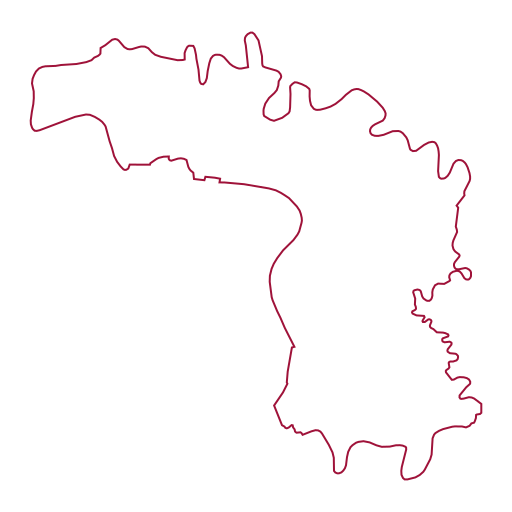 outline of Kim Thanh, Hải Dương, Vietnam
{"feature_id": "81297802B3696641207460", "entity_name": "Kim Thanh", "entity_type": "district", "adm_level": 2, "iso_a3": "VNM", "parent_name": "Vietnam", "parent_adm1": "Hải Dương", "projection": "albers", "projection_center": [106.496, 20.927], "detail": "fine", "context": "isolated", "style": "outline", "palette": "rose", "viewbox_px": 512, "rotation_deg": 0, "n_neighbors": 0, "source": "geoboundaries", "source_scale": "gbopen_adm2", "svg_char_len": 5982}
<svg xmlns="http://www.w3.org/2000/svg" viewBox="0 0 512 512"><path d="M464.5,195.4L464.2,193.4L464.4,191.2L469.6,181.0L470.1,178.9L470.1,176.5L469.5,173.1L467.6,167.3L466.0,164.2L464.8,162.6L462.8,160.9L461.1,160.2L458.4,160.0L455.9,161.0L453.5,163.7L449.8,172.6L447.7,175.8L445.3,177.9L443.8,178.5L441.2,178.7L440.0,178.1L438.9,176.9L438.1,171.1L438.9,155.0L438.6,151.5L438.1,148.3L437.1,145.6L435.8,143.3L434.5,142.2L432.2,141.8L428.7,142.5L424.1,144.9L416.1,150.8L412.9,151.1L410.6,149.8L410.0,148.9L407.7,140.3L406.3,137.4L402.8,133.2L400.5,131.6L398.4,131.0L392.7,131.2L383.7,134.8L378.3,135.9L374.8,135.8L372.0,134.8L370.6,133.3L370.0,131.2L370.2,129.4L371.1,127.6L372.7,125.9L375.1,124.3L382.8,120.6L384.6,118.2L385.5,115.5L385.6,113.4L384.8,111.1L382.7,107.7L377.1,101.6L368.5,94.4L363.8,91.4L361.1,90.1L358.4,89.1L356.5,89.0L354.2,89.4L351.7,90.3L345.9,94.8L341.6,99.1L335.5,103.9L330.5,106.6L325.6,108.3L320.2,109.7L317.1,109.9L315.7,109.7L313.8,108.8L311.1,105.3L310.0,100.8L309.6,96.4L309.7,90.4L309.2,88.8L306.1,86.3L301.8,84.2L297.0,82.5L294.7,82.3L292.4,83.9L290.3,86.1L290.1,87.4L290.5,94.1L290.1,107.4L289.6,111.4L288.5,113.2L282.2,117.8L274.0,120.8L270.2,119.7L264.2,116.0L263.6,114.3L263.5,110.6L263.7,108.8L265.3,103.6L269.0,98.0L274.4,93.0L276.8,90.1L278.3,85.6L278.7,81.3L281.0,77.6L281.2,76.3L280.6,74.3L278.6,71.8L276.4,70.6L265.3,67.4L263.1,66.4L262.5,65.3L262.2,63.5L262.0,56.2L258.5,40.4L254.4,34.1L252.4,32.6L250.5,32.6L247.6,34.2L245.9,36.1L245.1,37.6L244.9,38.8L244.8,40.6L245.8,45.3L248.1,67.2L241.4,68.5L238.9,68.5L236.5,67.8L232.8,66.0L229.9,63.8L224.0,57.2L221.7,55.6L219.5,54.8L216.0,54.7L214.7,55.0L213.0,55.9L210.8,58.6L209.3,63.2L207.7,71.0L206.8,78.2L205.4,82.0L203.2,84.3L201.2,83.9L200.2,82.6L199.5,80.6L198.5,69.7L196.4,58.7L196.0,54.9L194.6,48.4L193.3,45.9L189.1,45.7L187.6,46.6L186.9,47.6L185.5,50.4L184.6,53.1L184.7,59.5L182.8,60.0L177.6,60.2L160.9,56.8L155.2,54.8L151.9,52.2L148.3,48.2L144.8,46.6L141.2,46.5L139.0,47.0L132.0,49.1L129.6,49.3L127.5,49.0L124.3,47.1L118.8,40.7L117.4,39.6L115.1,39.0L112.2,39.7L105.3,45.2L100.6,48.0L100.4,53.6L99.7,54.5L98.0,55.9L94.2,57.6L91.5,60.2L86.3,62.1L76.4,64.0L61.1,65.0L55.6,65.9L45.4,66.3L42.4,66.9L38.9,68.5L36.0,71.5L34.1,75.0L32.6,78.8L32.0,83.4L33.7,91.3L33.8,98.2L33.3,104.1L31.9,111.7L30.7,120.5L30.9,124.3L32.1,127.8L32.9,129.1L34.6,130.7L36.7,130.9L39.7,130.2L75.2,116.8L86.0,114.5L89.9,114.8L94.8,116.9L99.3,119.6L102.2,121.9L104.5,124.7L105.6,126.5L109.6,141.2L112.0,148.2L114.1,156.0L117.1,161.8L120.6,166.4L123.5,169.4L124.9,169.9L126.2,169.8L127.8,168.9L128.3,168.5L129.7,164.6L149.9,164.7L150.4,163.2L156.5,159.0L158.6,157.9L163.6,156.7L168.8,156.5L168.7,158.6L169.1,159.5L169.9,160.3L171.3,160.7L178.0,158.6L180.9,158.3L183.9,158.8L186.5,160.0L188.3,166.8L189.3,168.8L190.6,170.5L193.3,172.7L194.0,179.0L204.4,180.2L205.4,176.8L214.8,177.7L220.1,178.7L219.5,182.4L224.8,182.5L244.0,184.2L268.8,188.4L275.8,190.3L280.8,192.8L284.8,195.3L289.0,198.1L296.9,206.5L299.6,210.6L300.8,213.9L301.7,217.8L301.9,220.7L301.5,222.9L299.2,231.4L297.5,234.6L293.4,240.1L283.1,250.3L277.3,258.0L273.8,263.7L271.6,268.8L269.9,275.7L269.7,281.8L271.7,297.2L272.6,300.2L277.1,311.0L280.4,317.7L284.8,327.9L294.4,346.8L291.9,347.5L287.7,371.6L286.8,382.4L287.4,383.7L283.0,392.4L274.1,405.5L282.0,425.2L284.5,426.6L285.3,427.8L286.6,428.3L287.5,428.1L288.9,427.4L291.6,425.1L292.7,425.3L293.1,427.4L294.6,429.4L295.0,431.3L295.6,432.1L296.6,432.7L300.5,432.3L301.6,433.2L302.6,434.8L311.5,431.3L315.5,430.2L318.1,430.4L320.4,431.6L322.0,433.5L328.8,444.8L332.5,452.4L333.8,457.8L334.0,470.9L335.3,472.5L337.2,473.3L339.0,473.3L341.4,472.4L343.3,470.6L344.9,468.3L346.0,465.3L347.0,457.1L348.2,451.8L350.5,447.2L352.5,445.2L356.1,442.7L358.4,441.9L363.5,441.2L369.6,442.4L376.4,445.3L381.7,446.8L389.8,446.6L395.8,445.3L399.9,445.2L402.7,445.6L405.5,446.8L406.1,447.5L406.2,449.5L401.8,467.0L401.3,470.8L401.5,474.8L403.0,478.0L404.6,479.4L407.5,479.4L415.4,477.4L419.7,475.0L423.3,471.8L424.8,469.6L430.2,459.3L431.6,454.6L432.6,438.3L434.1,434.6L435.4,433.1L439.1,430.8L443.1,429.1L452.3,426.7L454.9,426.4L462.1,426.5L466.0,427.4L469.6,425.8L471.4,423.4L474.0,422.7L474.7,421.5L475.9,418.1L476.1,414.9L476.8,414.5L480.0,414.0L481.3,412.8L481.3,403.9L474.1,398.5L471.7,397.5L468.9,397.2L463.7,398.6L461.2,398.9L460.3,398.6L459.5,397.4L459.6,395.4L466.2,387.3L469.9,384.0L470.2,383.3L470.2,381.6L469.0,379.5L466.8,378.1L463.8,377.3L459.7,377.1L457.4,377.6L453.8,379.6L451.8,379.8L446.0,372.4L445.8,371.0L446.3,370.1L448.5,368.6L449.4,367.3L448.7,363.0L448.9,362.3L450.2,361.5L453.2,361.5L456.5,360.4L457.7,359.0L458.1,357.0L457.9,355.8L456.3,354.1L455.2,353.7L449.9,353.2L447.7,351.7L447.4,350.7L447.7,349.3L451.4,344.6L451.6,343.1L451.2,342.5L449.7,341.7L444.6,342.3L442.7,341.5L442.3,340.8L442.2,339.2L442.9,338.3L448.1,336.4L448.5,335.4L448.1,334.4L445.2,333.1L443.0,332.6L436.8,332.3L433.4,329.1L431.1,328.0L430.0,326.8L429.9,325.4L431.4,321.7L431.4,320.9L430.8,319.9L429.5,319.3L428.3,319.4L424.8,322.0L422.9,322.0L422.5,321.2L422.7,320.4L424.6,317.2L424.0,315.9L416.5,315.4L412.6,313.6L412.0,312.4L412.4,311.3L414.8,310.1L415.8,309.2L416.0,308.5L415.8,306.8L414.9,304.5L415.2,298.6L413.2,292.3L413.5,291.0L414.3,290.3L417.4,289.5L419.2,289.9L420.2,290.5L420.8,291.4L422.2,296.4L423.5,298.5L426.4,300.5L427.4,300.8L429.4,300.8L431.0,299.5L431.8,298.0L432.4,295.7L432.3,292.2L432.8,289.4L435.0,285.3L438.1,283.6L444.2,283.9L449.5,281.0L450.1,280.3L449.2,277.2L449.4,275.4L450.5,273.5L452.9,271.8L456.2,270.9L457.9,270.9L459.7,271.5L461.5,273.4L464.4,278.2L466.1,279.4L468.1,279.6L469.1,279.2L470.4,277.7L471.0,276.1L471.0,272.4L470.5,271.1L469.1,269.6L466.8,268.3L465.2,268.0L458.8,269.3L456.5,269.2L455.7,268.8L454.6,267.6L454.0,265.8L454.0,264.0L454.8,262.2L459.2,256.7L459.6,255.6L459.2,254.5L455.3,251.6L454.3,250.4L453.4,249.0L452.5,245.5L452.7,242.9L453.4,240.4L457.1,232.0L456.8,229.6L455.8,226.6L458.2,207.7L456.6,205.6L464.5,195.4Z" fill="none" stroke="#9f1239" stroke-width="2"/></svg>